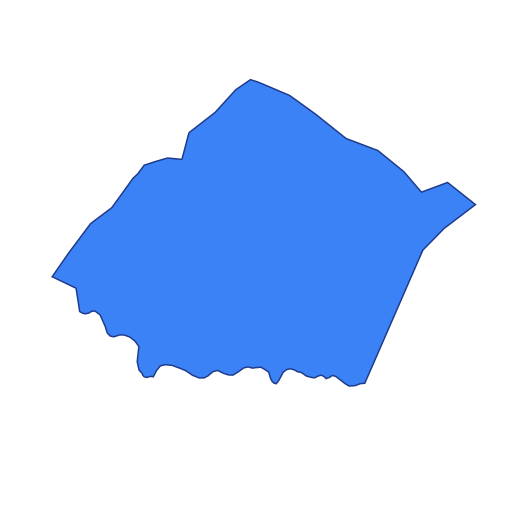 outline of San Mateo Yoloxochitlán, Oaxaca, Mexico, rotated 207°
{"feature_id": "50627088B14353503366896", "entity_name": "San Mateo Yoloxochitlán", "entity_type": "district", "adm_level": 2, "iso_a3": "MEX", "parent_name": "Mexico", "parent_adm1": "Oaxaca", "projection": "orthographic", "projection_center": [-96.869, 18.142], "detail": "fine", "context": "isolated", "style": "filled", "palette": "blue", "viewbox_px": 512, "rotation_deg": 207, "n_neighbors": 0, "source": "geoboundaries", "source_scale": "gbopen_adm2", "svg_char_len": 2097}
<svg xmlns="http://www.w3.org/2000/svg" viewBox="0 0 512 512"><g transform="rotate(207 256 256)"><path d="M428.2,145.0L419.6,145.2L401.7,145.6L398.7,141.5L387.9,126.5L384.4,126.3L381.7,127.1L379.2,129.1L377.3,132.1L374.6,133.9L372.1,133.4L368.2,132.8L366.9,131.7L363.5,129.0L358.5,124.9L354.6,120.9L353.7,120.0L349.5,118.5L348.6,118.8L345.9,119.5L343.2,122.2L342.0,123.5L338.1,125.5L337.5,125.8L331.6,126.5L331.1,126.4L325.4,125.3L323.3,124.3L321.4,123.3L319.3,122.2L316.4,114.6L315.9,113.1L313.8,107.8L312.9,106.7L308.3,101.2L303.8,99.6L303.0,98.5L301.0,97.7L298.6,98.0L297.5,98.8L296.2,100.2L294.1,101.4L292.7,101.7L292.6,109.1L292.3,110.1L291.4,114.6L291.1,114.8L289.0,116.7L287.6,117.9L281.0,120.5L279.0,120.7L274.7,121.2L273.3,121.4L267.9,121.8L266.5,121.9L260.5,121.2L258.5,120.9L254.1,121.3L251.5,121.5L246.9,123.8L244.4,127.3L242.0,133.2L238.3,136.6L232.1,136.7L226.7,137.5L222.5,139.4L219.2,144.7L216.2,150.6L212.7,153.6L208.3,154.5L205.6,156.4L201.2,159.1L196.3,158.9L191.8,158.2L188.0,154.0L185.1,151.8L182.6,150.9L180.1,151.3L179.2,155.0L179.1,159.9L179.0,164.8L177.0,168.9L174.2,171.1L170.6,171.9L168.7,171.9L166.8,171.7L162.6,172.8L156.7,171.9L154.3,172.4L151.1,173.1L148.4,174.1L146.4,176.9L144.2,179.2L141.8,179.6L139.7,179.2L137.9,178.6L135.4,181.2L133.7,184.3L130.0,184.9L123.3,183.6L118.6,182.7L114.0,182.4L108.7,185.6L105.1,189.6L101.3,192.0L108.1,305.2L108.3,308.0L108.4,310.6L109.3,324.8L110.0,337.0L108.4,342.1L105.9,350.0L103.6,357.4L101.1,365.3L100.9,366.0L83.8,401.4L118.7,408.5L137.6,388.0L140.1,389.0L153.1,394.4L162.4,398.2L185.4,403.2L189.4,404.0L195.3,405.3L197.3,405.1L201.5,404.6L224.4,402.1L229.0,401.6L231.7,402.1L238.1,403.4L267.8,409.5L270.5,409.9L284.6,412.1L295.1,413.7L299.2,414.3L302.0,414.1L310.1,413.5L319.5,412.9L333.8,411.8L341.0,410.6L349.5,395.0L350.1,392.8L357.6,365.4L363.0,354.0L366.8,345.8L371.6,335.7L371.0,332.1L368.4,320.3L365.9,308.4L379.2,303.2L387.8,295.2L396.8,286.2L398.7,275.3L400.9,269.3L401.7,263.8L406.4,233.7L407.9,230.6L415.6,214.9L418.1,209.7L424.3,173.6L428.2,145.0Z" fill="#3b82f6" stroke="#1e3a8a" stroke-width="1.5"/></g></svg>